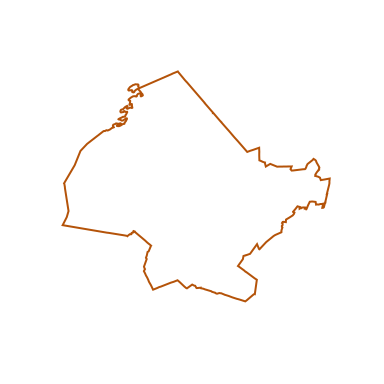 Stradu pag., Gulbene, Latvia (Equal Earth projection), rotated 157°
{"feature_id": "27541924B17410548026039", "entity_name": "Stradu pag.", "entity_type": "district", "adm_level": 2, "iso_a3": "LVA", "parent_name": "Latvia", "parent_adm1": "Gulbene", "projection": "equal_earth", "projection_center": [26.834, 57.111], "detail": "fine", "context": "isolated", "style": "outline", "palette": "amber", "viewbox_px": 384, "rotation_deg": 157, "n_neighbors": 0, "source": "geoboundaries", "source_scale": "gbopen_adm2", "svg_char_len": 5786}
<svg xmlns="http://www.w3.org/2000/svg" viewBox="0 0 384 384"><g transform="rotate(157 192 192)"><path d="M267.2,138.0L267.0,135.3L267.0,133.1L266.7,130.9L266.6,128.0L266.7,126.3L266.2,122.2L266.0,117.3L261.6,117.2L259.2,117.3L257.9,117.1L246.8,116.8L244.0,116.5L239.8,116.4L238.5,113.8L235.9,107.8L234.9,105.9L234.3,105.3L232.0,105.8L228.0,106.7L226.6,105.0L225.7,104.4L225.7,104.0L225.4,101.9L225.2,101.7L221.7,100.6L221.8,100.5L221.5,100.0L219.3,98.5L217.9,97.1L217.6,96.9L212.9,93.0L212.6,92.3L210.0,90.2L209.9,89.7L208.7,88.6L206.3,88.3L205.2,87.6L204.7,87.4L201.7,84.3L201.5,84.2L198.8,81.9L196.1,79.3L192.3,76.0L192.1,75.9L190.1,74.3L185.7,70.5L184.0,70.9L175.1,73.7L174.9,73.7L174.5,73.7L174.1,73.4L166.6,85.9L167.9,87.8L173.4,97.2L173.5,97.2L174.1,98.1L174.6,99.3L177.8,104.7L178.6,105.9L171.4,110.3L169.6,113.0L167.4,112.8L167.4,112.7L162.7,112.4L152.5,118.6L152.6,114.2L152.5,113.1L152.3,112.9L143.3,116.9L134.1,119.6L132.2,119.9L125.6,120.0L125.6,120.3L125.0,120.8L124.8,121.2L124.8,121.4L124.5,121.9L123.7,122.8L122.6,124.1L122.9,124.7L122.5,125.7L121.5,126.2L120.8,127.9L121.2,128.3L121.0,128.5L120.2,129.0L119.6,128.9L117.4,127.6L116.3,129.8L116.2,129.9L112.5,130.4L108.4,131.1L106.7,132.0L105.8,133.0L106.3,133.4L106.4,133.7L106.7,133.9L106.7,134.3L103.7,135.8L100.5,137.6L98.5,136.0L99.1,135.5L99.4,134.9L99.5,134.6L98.2,134.8L98.2,134.5L97.9,134.4L97.5,134.6L97.0,134.6L95.8,134.4L95.7,134.2L95.4,134.1L94.7,133.9L94.4,133.7L94.1,133.6L93.8,133.4L94.1,133.0L93.5,133.1L93.2,132.3L93.5,132.1L93.7,131.5L93.5,131.4L92.5,132.3L90.5,134.3L87.4,137.0L85.1,136.3L82.1,134.6L82.7,131.9L82.1,131.8L80.1,130.9L78.6,130.8L77.4,130.3L75.8,130.0L78.0,126.9L77.6,126.7L77.9,126.4L77.2,126.2L76.5,126.5L74.7,128.9L74.0,129.6L73.7,129.7L73.4,130.1L73.7,130.2L72.1,132.2L68.4,137.3L68.7,137.4L62.9,145.1L62.0,146.5L61.5,147.8L60.0,150.6L65.0,151.7L68.8,152.6L68.6,155.2L69.9,156.8L72.3,158.7L71.2,160.0L71.3,160.1L70.9,160.4L69.1,161.6L67.3,162.4L67.5,162.5L67.0,162.8L66.1,163.6L65.7,164.0L65.7,164.3L65.4,164.8L65.2,164.9L65.3,166.5L65.4,167.2L65.8,170.5L65.7,172.3L65.9,173.0L66.2,173.6L67.2,175.0L68.5,174.3L74.7,172.6L76.5,171.1L76.7,170.7L78.3,169.2L78.6,169.0L79.1,168.9L81.1,169.6L90.2,172.2L91.9,172.8L92.4,174.5L90.3,176.6L103.8,182.1L109.0,187.3L114.1,186.6L113.5,190.6L113.4,190.7L114.1,191.2L115.6,192.6L115.7,192.9L117.6,194.8L115.9,199.2L114.6,202.2L114.5,202.3L112.9,206.5L119.2,206.9L122.5,207.2L125.5,207.3L130.0,221.1L131.4,225.1L131.9,226.6L134.1,233.7L135.0,236.3L137.9,245.1L138.0,245.4L137.9,245.4L138.2,246.2L138.5,246.9L141.6,256.7L141.8,256.7L141.7,256.9L145.6,268.9L145.5,269.0L153.9,295.3L154.0,295.4L154.9,298.0L156.8,304.4L158.0,308.4L158.0,308.5L164.0,308.6L164.3,308.5L199.3,308.2L199.2,308.4L199.8,308.6L200.1,309.0L200.3,309.6L200.3,310.0L200.2,310.5L199.5,311.2L199.5,311.5L199.5,311.8L199.8,312.2L201.0,312.7L201.8,313.2L202.3,313.3L203.5,313.3L204.4,313.5L205.4,313.2L206.1,313.2L208.1,312.8L210.1,311.7L210.6,311.2L210.8,310.9L210.7,310.5L210.5,310.1L210.2,310.0L207.9,309.4L207.4,309.0L207.3,308.7L207.4,308.3L207.9,307.7L207.9,307.3L207.6,307.0L206.8,306.5L206.2,306.6L205.0,307.5L203.4,308.0L202.9,308.1L202.1,308.1L201.8,308.1L201.5,307.9L200.8,306.2L200.1,304.0L199.9,302.6L199.5,301.8L199.4,301.5L199.5,301.0L199.4,300.5L199.5,300.2L199.9,300.0L201.2,299.9L201.6,300.0L201.7,300.3L201.7,300.5L201.2,301.5L201.1,302.3L201.3,302.9L201.4,303.1L202.2,303.3L203.2,303.4L203.9,303.2L205.1,302.4L205.2,301.9L205.6,301.7L206.2,301.7L206.6,302.2L207.0,302.5L208.0,302.8L208.4,303.0L209.1,303.1L211.3,302.8L213.4,302.2L214.2,301.9L214.4,301.5L214.4,301.3L214.4,301.1L213.3,300.1L213.3,299.9L214.4,298.1L214.6,297.7L215.3,297.2L215.4,296.7L215.2,296.5L214.8,296.4L213.2,296.6L213.0,296.3L213.4,295.5L213.5,294.9L213.8,294.2L213.8,293.5L214.0,292.9L214.5,292.8L215.4,293.5L216.0,293.9L218.8,293.8L219.1,294.0L219.5,294.6L219.5,294.9L219.4,295.2L218.7,295.8L218.0,296.0L217.9,296.1L217.9,296.3L218.0,296.6L220.1,296.4L221.2,296.0L223.0,295.2L223.5,295.2L225.0,295.4L225.3,295.3L225.8,295.0L226.0,294.8L226.5,294.1L226.5,293.3L226.3,293.0L225.8,292.8L224.9,292.7L223.9,292.4L223.6,292.4L223.2,292.9L222.8,293.0L222.5,292.8L221.9,291.7L221.6,291.5L221.4,291.3L220.6,291.3L220.4,291.2L220.4,290.9L220.6,290.6L221.4,290.0L222.5,289.0L223.3,288.7L223.6,288.2L224.0,287.7L224.6,287.7L225.3,287.8L226.0,288.2L228.0,288.0L229.5,288.0L230.3,287.9L230.8,287.9L231.2,287.8L231.3,287.7L231.2,287.5L230.0,286.7L229.4,286.0L228.7,285.1L227.7,284.8L224.9,285.3L224.0,285.5L223.5,285.4L223.3,285.3L223.2,285.2L223.3,284.7L225.4,282.9L226.0,282.7L227.2,281.8L227.4,281.7L227.5,281.3L227.8,281.2L228.7,281.5L229.5,281.5L231.6,281.1L233.3,281.1L233.9,281.3L235.2,282.0L235.3,282.2L235.3,282.3L235.1,282.5L234.6,282.6L233.0,282.6L232.1,282.5L231.2,282.5L230.8,282.6L230.7,282.7L230.9,283.0L231.2,283.3L232.8,283.4L235.1,284.8L235.4,284.8L236.2,284.6L236.5,284.6L238.1,284.7L238.5,284.4L239.0,283.8L239.1,283.5L239.1,283.2L238.7,282.5L238.7,282.1L239.3,282.1L240.8,282.2L243.0,281.6L245.3,281.5L245.7,281.6L246.3,282.2L246.6,282.2L247.1,282.2L247.4,282.3L248.3,282.1L248.6,282.3L249.2,282.5L249.6,282.6L269.7,277.3L278.6,273.4L289.5,262.5L306.2,250.1L306.3,250.0L306.2,249.9L307.1,246.1L307.4,245.4L313.1,222.7L317.1,217.8L324.0,212.0L286.2,187.8L284.6,186.9L271.2,178.5L268.8,176.9L268.7,176.6L268.1,176.8L266.7,177.2L265.9,177.4L265.5,177.4L264.8,176.9L264.3,176.9L264.0,177.1L263.8,177.7L263.5,177.9L262.9,177.9L262.2,177.7L261.6,177.8L261.4,177.9L261.3,178.2L261.3,178.8L261.1,178.9L260.0,177.9L259.9,177.2L260.0,177.2L254.1,165.6L253.1,163.3L252.3,161.7L251.1,159.6L250.7,158.6L251.1,158.5L251.4,157.9L255.1,154.3L256.3,154.2L258.5,151.1L260.1,149.4L259.9,148.0L265.4,142.0L265.5,140.1L265.4,139.4L267.2,138.0Z" fill="none" stroke="#b45309" stroke-width="2"/></g></svg>